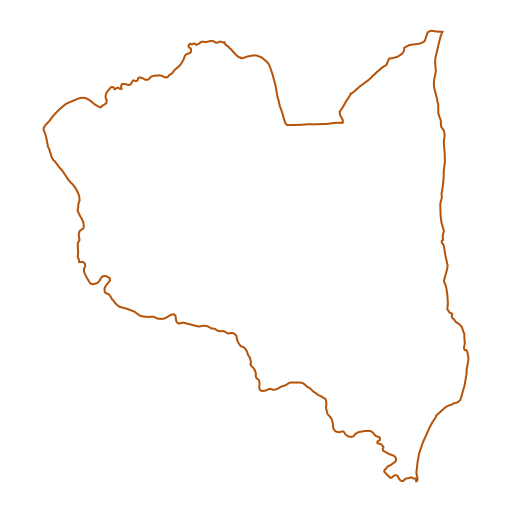 Mecufi, Cabo Delgado, Mozambique (Albers equal-area conic projection)
{"feature_id": "85939544B73793826279493", "entity_name": "Mecufi", "entity_type": "district", "adm_level": 2, "iso_a3": "MOZ", "parent_name": "Mozambique", "parent_adm1": "Cabo Delgado", "projection": "albers", "projection_center": [40.384, -13.265], "detail": "fine", "context": "isolated", "style": "outline", "palette": "amber", "viewbox_px": 512, "rotation_deg": 0, "n_neighbors": 0, "source": "geoboundaries", "source_scale": "gbopen_adm2", "svg_char_len": 5905}
<svg xmlns="http://www.w3.org/2000/svg" viewBox="0 0 512 512"><path d="M79.2,262.1L82.2,261.8L83.4,262.3L84.6,263.2L85.3,265.5L85.2,266.4L83.9,268.7L84.0,271.6L85.4,275.1L88.9,281.3L90.1,283.1L91.0,283.8L93.4,284.2L97.8,282.8L99.2,281.1L101.3,277.6L102.6,276.4L104.5,275.9L106.5,276.3L109.8,278.3L110.0,280.5L105.8,285.8L104.5,288.3L104.7,292.0L105.9,293.1L108.6,294.1L110.6,296.5L111.9,299.1L113.5,300.6L114.7,302.5L116.6,304.5L119.3,306.7L127.2,308.9L134.4,311.6L139.2,315.2L140.8,316.0L143.0,316.5L149.5,317.0L152.1,316.6L153.7,316.8L157.3,318.5L159.4,318.8L162.7,318.9L164.3,318.5L166.7,317.4L170.8,314.8L174.0,314.3L175.4,315.6L175.6,316.3L175.9,319.2L176.4,321.6L177.0,322.5L178.9,323.6L183.2,322.6L198.0,326.4L199.5,326.5L203.1,325.7L207.5,326.2L211.4,328.4L214.8,328.8L217.7,330.8L219.6,331.2L223.1,331.1L224.7,331.5L226.3,332.6L228.2,333.5L231.4,332.9L233.3,333.2L235.2,334.5L236.4,335.9L237.3,340.4L238.6,343.2L240.2,345.4L240.7,346.2L243.5,347.1L244.7,348.0L246.9,351.2L248.2,355.3L249.6,357.2L250.6,360.2L250.9,361.9L250.5,364.4L251.2,365.8L253.1,367.6L254.7,369.9L255.8,373.0L255.8,376.8L256.7,378.4L258.6,379.7L259.0,380.8L259.6,383.3L259.2,387.4L259.5,389.0L260.3,390.1L261.2,390.7L263.1,391.0L266.2,390.4L268.7,389.1L270.2,388.9L273.6,389.8L275.4,389.6L277.9,388.6L280.6,386.9L286.0,385.0L288.8,383.1L290.4,382.5L299.3,382.5L302.4,382.9L304.1,384.0L307.1,386.7L309.6,388.0L313.9,392.0L316.1,393.3L318.1,395.0L322.2,396.8L322.8,397.6L324.9,398.5L325.6,399.3L326.1,400.9L326.4,404.1L326.0,407.9L327.5,414.1L330.2,416.8L331.5,419.0L332.4,421.1L333.2,427.6L333.7,429.1L335.3,431.2L337.3,432.0L338.7,432.1L339.9,432.1L342.1,431.4L343.3,431.5L344.3,432.4L345.4,434.4L346.7,435.4L348.0,436.3L350.8,436.9L353.6,436.3L355.3,433.9L358.6,432.1L364.9,431.0L369.8,430.9L371.2,431.4L373.2,432.9L375.3,435.5L376.5,436.3L379.3,437.2L379.9,438.2L379.9,439.9L379.5,440.5L378.6,440.6L377.4,441.6L377.3,442.9L378.7,443.8L380.3,443.9L381.3,444.4L383.3,446.6L383.4,447.6L382.7,449.0L382.8,450.0L383.3,450.8L389.2,454.1L393.3,455.5L394.9,456.6L396.1,458.4L395.9,460.7L394.5,462.3L390.0,465.5L388.6,465.9L387.4,466.7L386.3,468.4L384.8,469.7L384.2,470.7L384.3,471.7L386.4,474.1L390.4,477.9L391.8,477.6L394.3,475.4L396.4,475.3L397.6,475.9L399.3,479.3L400.3,480.2L401.7,481.0L403.2,481.0L405.3,478.9L406.6,478.4L408.7,478.1L411.2,477.3L413.6,478.6L415.3,478.4L415.9,478.8L416.3,479.5L415.9,480.4L416.2,481.3L416.6,481.3L417.1,480.8L417.5,479.3L417.5,477.9L416.5,473.9L416.4,472.5L417.5,462.5L419.2,453.2L422.9,442.4L429.6,427.5L432.4,422.2L435.7,417.4L436.3,415.4L445.9,406.9L448.6,405.6L452.7,404.2L453.5,403.5L456.3,402.8L458.6,401.6L460.4,399.8L464.5,385.7L466.6,373.6L466.7,369.1L468.3,360.2L468.4,357.4L467.1,351.1L466.2,350.1L464.9,350.1L463.9,348.5L464.9,342.6L464.4,339.2L464.4,334.4L461.6,326.6L459.3,324.2L455.5,321.7L454.3,319.6L452.1,317.8L451.7,315.8L452.4,314.1L452.1,313.6L449.7,312.8L447.3,309.2L447.9,303.5L447.4,295.7L446.5,288.8L445.5,284.9L444.1,282.0L444.0,280.4L447.1,269.3L447.6,265.5L445.1,254.0L444.0,246.4L443.3,244.6L441.8,242.7L441.8,240.7L443.0,240.0L442.7,236.0L443.9,230.9L441.4,222.3L440.6,215.7L440.3,204.5L440.5,202.6L441.9,197.5L441.5,193.3L442.0,191.9L443.2,182.8L443.7,176.1L443.7,171.0L444.9,162.4L444.7,153.6L443.9,143.6L443.9,140.1L444.7,135.7L444.2,131.7L443.7,130.5L441.1,126.5L440.7,119.7L439.6,117.5L438.3,113.1L438.2,104.1L437.3,101.2L437.1,99.3L434.3,88.3L433.9,85.1L434.0,80.5L435.8,71.7L435.1,61.5L435.4,57.8L440.4,37.0L442.4,31.8L436.0,31.5L431.7,30.7L428.5,31.7L427.6,32.5L424.9,40.5L424.4,41.3L422.8,42.4L419.4,43.7L409.5,45.0L404.3,47.7L404.0,50.4L403.2,52.5L401.6,54.1L397.5,56.8L393.1,58.0L389.0,58.7L386.3,65.1L382.5,67.2L382.0,67.9L380.5,68.7L380.2,69.4L377.1,71.8L376.7,72.4L375.9,72.8L375.6,73.5L372.4,76.1L372.0,76.9L368.3,80.2L359.6,86.6L357.4,88.7L356.5,89.1L356.2,89.7L352.1,93.2L351.5,93.5L350.6,93.5L350.6,94.3L349.4,96.4L345.9,101.7L342.5,107.7L339.6,111.7L340.1,115.1L342.7,119.9L342.9,122.0L342.7,122.8L335.7,122.8L327.2,123.9L311.4,124.4L310.5,124.1L299.6,124.9L287.1,125.1L285.4,123.2L284.8,121.8L282.0,112.0L279.7,105.7L278.4,99.8L277.6,97.7L275.6,85.9L272.4,74.0L269.8,66.4L268.3,63.5L266.8,61.8L262.0,57.6L256.9,55.6L255.3,55.4L253.6,55.4L247.8,56.4L242.1,58.3L240.7,58.1L240.0,57.2L238.8,57.2L237.4,56.1L234.3,53.1L234.1,52.5L233.4,52.3L233.0,51.5L230.5,48.8L229.7,48.3L228.5,46.7L226.1,45.2L224.5,43.2L224.5,42.3L223.3,42.5L220.7,41.7L219.3,41.7L217.6,42.7L215.7,42.7L213.8,41.4L212.3,41.0L210.9,40.9L206.0,42.1L202.0,41.6L200.5,42.2L199.9,43.1L196.7,44.8L195.9,44.7L195.1,43.8L194.1,43.5L191.9,44.5L191.1,44.0L189.7,43.8L188.6,45.5L188.7,46.8L189.1,47.6L190.1,48.0L190.9,48.9L191.2,50.4L190.7,52.2L189.9,53.0L186.9,54.0L185.5,55.0L184.5,56.7L183.5,59.8L180.6,64.5L179.2,66.1L174.7,69.9L172.1,73.3L169.2,75.2L168.2,76.5L166.9,77.4L165.3,77.4L163.6,76.8L162.0,75.8L159.5,75.4L154.4,75.7L151.1,76.6L148.6,79.3L147.7,79.7L145.4,79.8L143.3,78.5L139.7,77.4L138.3,78.0L137.5,80.4L136.7,80.9L135.9,81.1L133.8,80.4L132.8,80.6L130.8,84.2L130.2,84.5L128.5,85.0L124.6,83.9L121.9,84.1L121.0,86.5L121.6,88.7L120.2,89.0L118.2,87.7L116.8,87.9L115.5,89.0L114.6,89.2L113.7,87.5L113.1,87.2L112.2,87.0L110.7,87.5L106.8,92.1L105.7,95.3L105.5,96.9L105.9,98.5L106.5,99.3L106.7,100.7L106.4,103.2L101.7,106.2L101.1,107.2L100.3,107.3L98.0,106.4L93.9,103.8L92.4,102.6L92.0,101.9L91.0,101.5L90.5,100.7L89.6,100.4L89.2,99.9L86.2,98.3L83.8,97.8L81.2,97.8L78.2,98.6L65.9,103.9L59.9,108.9L54.0,114.9L50.3,119.5L50.0,120.3L45.3,125.3L43.8,127.9L43.6,129.6L46.0,136.3L48.0,146.7L49.2,149.2L51.8,157.6L53.8,160.6L54.9,161.4L59.0,167.0L62.4,170.7L67.8,179.0L71.2,183.1L72.3,183.9L74.9,187.2L77.1,191.0L79.1,195.6L79.6,200.4L78.3,204.2L78.2,207.6L77.6,209.9L77.7,211.2L80.6,216.9L81.9,219.0L83.3,222.3L83.8,226.8L83.3,228.4L79.6,231.0L78.7,234.6L79.5,240.0L77.8,243.1L77.8,247.3L78.2,252.1L77.7,257.0L78.9,259.7L79.2,262.1Z" fill="none" stroke="#b45309" stroke-width="2"/></svg>